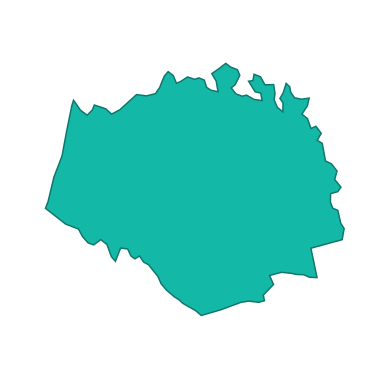 the district of Mercedes, Paraná, Brazil, rotated 348°
{"feature_id": "56859067B78993450300756", "entity_name": "Mercedes", "entity_type": "district", "adm_level": 2, "iso_a3": "BRA", "parent_name": "Brazil", "parent_adm1": "Paraná", "projection": "equal_earth", "projection_center": [-54.174, -24.435], "detail": "fine", "context": "isolated", "style": "filled", "palette": "teal", "viewbox_px": 384, "rotation_deg": 348, "n_neighbors": 0, "source": "geoboundaries", "source_scale": "gbopen_adm2", "svg_char_len": 1709}
<svg xmlns="http://www.w3.org/2000/svg" viewBox="0 0 384 384"><g transform="rotate(348 192 192)"><path d="M95.2,77.6L92.5,82.4L82.2,106.0L72.5,129.4L69.1,134.8L60.1,148.6L49.2,171.5L45.3,177.5L61.7,197.1L73.2,204.6L75.7,213.0L79.7,220.1L84.9,223.3L92.8,219.6L97.9,225.7L99.7,238.5L102.7,243.9L106.3,238.3L110.5,232.0L117.2,234.3L119.0,241.9L122.2,245.5L127.4,243.7L130.1,250.6L134.4,254.1L137.7,260.8L141.1,267.5L142.7,275.3L146.7,282.8L153.3,291.3L156.8,294.6L159.9,299.0L165.2,303.8L170.7,308.6L175.4,314.7L195.6,313.2L216.8,310.1L224.8,310.5L234.4,313.8L240.3,313.4L240.3,307.7L252.5,299.4L250.5,289.8L257.5,289.4L263.0,289.2L272.0,292.1L277.1,294.4L284.0,296.1L289.3,299.9L296.5,301.7L296.6,284.2L296.6,271.7L329.0,269.8L333.2,259.4L331.0,253.5L330.8,240.3L326.3,237.1L325.3,230.7L327.2,222.4L334.6,222.0L338.7,218.2L334.2,209.4L338.2,201.6L334.2,193.4L329.0,189.3L329.5,171.5L325.2,167.5L330.6,161.5L326.9,153.5L321.6,154.6L320.2,144.2L315.7,138.7L322.7,131.8L326.1,124.5L318.5,124.0L311.9,121.2L309.3,115.0L309.5,109.5L306.7,105.3L302.0,113.7L297.4,118.9L299.6,123.7L297.5,132.5L293.1,127.0L291.5,118.9L293.7,112.8L294.2,103.9L285.6,102.3L283.0,93.6L277.2,89.7L274.7,95.7L270.4,95.4L274.6,107.2L279.8,109.5L279.6,117.1L272.0,114.4L265.5,108.6L261.1,108.7L255.5,105.3L252.0,98.4L256.5,96.0L263.0,87.9L261.8,81.8L255.5,77.6L251.8,73.2L243.2,77.3L236.0,80.3L238.7,88.5L238.3,99.3L231.6,96.3L228.0,92.6L227.3,85.1L222.5,81.8L218.1,82.4L211.5,78.5L203.7,81.6L199.4,82.4L197.9,74.3L193.7,69.3L189.1,72.8L185.7,77.6L182.1,83.1L176.7,88.2L167.5,88.5L158.0,85.2L138.4,96.6L129.5,99.1L125.0,92.7L114.5,86.6L111.7,90.9L105.4,95.1L99.9,88.7L95.2,77.6Z" fill="#14b8a6" stroke="#0f766e" stroke-width="1.5"/></g></svg>